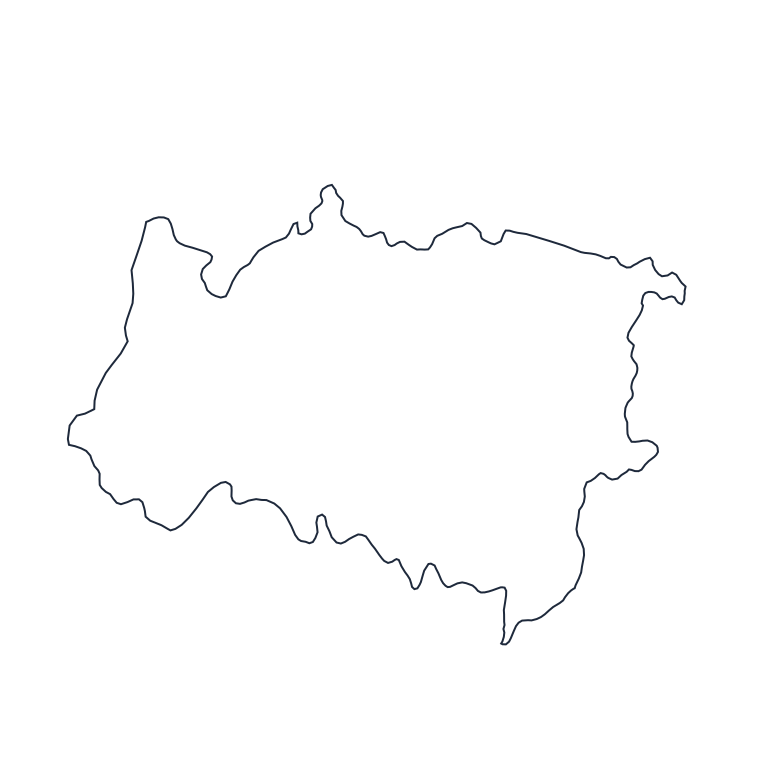 outline of Kobryn, Brest, Belarus, rotated 111°
{"feature_id": "67162791B1192676397695", "entity_name": "Kobryn", "entity_type": "district", "adm_level": 2, "iso_a3": "BLR", "parent_name": "Belarus", "parent_adm1": "Brest", "projection": "mercator", "projection_center": [24.483, 52.154], "detail": "fine", "context": "isolated", "style": "outline", "palette": "slate", "viewbox_px": 768, "rotation_deg": 111, "n_neighbors": 0, "source": "geoboundaries", "source_scale": "gbopen_adm2", "svg_char_len": 5866}
<svg xmlns="http://www.w3.org/2000/svg" viewBox="0 0 768 768"><g transform="rotate(111 384 384)"><path d="M506.4,132.8L503.3,133.0L495.8,132.4L489.3,132.4L483.6,133.7L477.5,134.8L472.1,135.9L466.3,138.5L461.5,142.6L458.0,146.5L456.0,148.9L450.6,152.3L443.4,153.9L438.9,154.7L431.7,156.6L427.2,155.4L422.5,155.1L417.1,156.2L412.3,158.6L410.2,159.5L403.2,159.5L400.4,156.3L396.2,153.4L391.2,151.0L389.5,149.8L389.2,146.8L389.8,144.6L390.7,142.9L391.3,141.0L391.5,136.8L388.6,132.0L383.9,129.7L379.0,126.0L376.0,124.7L375.5,122.2L375.4,118.6L374.2,115.2L371.7,112.9L369.2,112.2L365.8,111.3L361.2,109.3L358.3,107.5L355.0,105.5L352.5,104.4L349.2,103.9L345.4,105.8L343.9,107.3L342.2,112.6L342.3,117.7L344.3,122.2L346.1,125.1L348.0,128.8L349.2,132.2L345.8,136.7L343.4,138.7L338.9,140.7L336.3,141.7L332.6,143.2L329.7,145.9L328.0,147.4L325.6,148.5L319.9,150.0L318.2,150.0L314.0,149.8L312.0,149.1L308.3,147.6L306.0,147.6L303.7,148.3L301.7,149.6L299.8,151.3L297.7,152.2L294.6,152.8L292.4,153.0L289.9,152.9L286.1,152.2L283.2,152.0L280.7,152.4L278.2,153.2L276.5,154.3L275.0,155.4L273.1,158.7L271.7,160.7L269.6,163.0L266.0,163.9L259.6,164.4L258.3,164.7L257.3,166.9L255.8,170.8L253.5,173.3L248.6,174.1L242.1,173.1L234.4,171.4L228.0,170.1L222.8,169.7L218.0,170.3L216.3,172.4L212.8,173.1L208.6,173.6L205.4,172.6L203.2,170.0L202.3,167.6L201.6,164.5L201.8,161.8L203.1,159.4L204.4,157.2L205.0,154.4L203.8,152.4L200.7,149.3L199.1,146.7L199.1,143.6L201.1,141.1L202.6,138.5L202.8,134.6L199.5,134.0L198.1,133.8L194.6,135.0L191.6,135.7L189.3,136.7L186.7,137.1L184.9,137.4L183.0,142.2L181.6,144.4L178.9,148.1L177.3,150.3L176.7,155.0L181.0,158.1L183.8,163.1L183.0,167.0L180.4,171.7L176.5,175.8L173.2,177.2L170.9,180.7L170.8,180.9L174.0,185.3L178.3,189.2L180.6,190.8L183.6,193.5L186.7,195.7L188.3,199.2L187.7,205.9L185.9,209.0L183.8,211.4L183.0,214.5L184.0,217.7L186.1,219.1L187.1,222.0L186.9,228.1L187.1,232.8L188.1,237.9L189.7,243.8L190.3,247.4L190.3,252.9L190.3,265.4L191.2,280.8L193.0,304.9L195.0,313.6L195.6,317.9L195.8,321.6L197.1,325.4L201.1,326.1L204.8,326.1L208.9,326.1L211.7,328.7L214.0,330.9L214.4,334.4L214.2,337.5L213.8,341.9L213.1,344.8L211.1,346.6L208.1,348.2L205.2,354.0L203.2,359.7L204.0,364.3L208.5,367.6L211.9,372.7L214.0,375.7L217.0,379.0L222.9,383.5L226.6,387.4L229.8,389.0L236.2,389.2L240.0,390.0L242.5,391.0L243.9,394.1L245.3,398.3L246.7,401.4L246.0,407.1L245.2,410.6L243.8,415.9L245.6,420.0L248.2,422.4L250.5,423.9L252.6,426.4L252.5,429.3L250.9,431.8L248.1,433.9L245.7,436.1L243.2,438.6L243.6,442.0L246.9,445.3L250.2,448.7L252.1,451.6L252.6,455.5L251.8,457.6L249.6,460.3L248.1,462.8L247.2,465.9L247.0,469.2L246.5,473.7L245.7,478.5L241.6,484.2L237.7,485.9L233.3,486.4L230.3,487.0L227.9,487.9L225.8,491.8L224.8,494.3L222.8,497.1L220.2,498.7L218.8,501.0L216.8,504.0L219.3,507.5L224.1,511.0L227.8,511.4L230.3,510.8L231.9,509.9L234.5,507.5L235.5,507.1L237.8,507.1L240.8,508.5L244.5,511.0L251.4,513.6L255.1,512.6L258.1,511.2L260.4,508.3L262.8,507.5L265.7,507.5L269.1,509.9L272.0,511.8L273.8,514.6L274.0,517.9L271.2,519.1L267.9,521.3L264.5,522.8L267.1,525.8L273.8,526.4L277.7,526.6L282.4,528.1L285.2,530.9L291.7,538.2L298.3,543.9L304.6,548.8L312.5,551.3L316.8,552.1L319.4,552.5L321.7,553.9L325.1,556.8L328.8,559.2L335.3,560.9L342.7,562.1L351.0,562.3L355.1,562.7L358.8,563.1L361.8,567.4L362.2,572.7L361.8,577.1L359.8,582.6L356.9,585.1L353.9,587.5L351.2,591.6L347.3,594.0L341.6,594.4L337.0,592.4L332.5,589.8L329.6,589.6L326.6,590.2L325.1,592.8L324.5,596.5L325.4,611.6L326.2,619.5L325.8,625.2L324.9,628.3L323.7,630.1L320.3,633.6L315.2,637.0L310.7,640.5L307.4,644.5L307.4,649.2L309.1,654.1L312.1,658.4L316.0,661.9L317.9,664.1L323.3,663.2L337.2,661.6L352.7,661.0L368.2,660.5L380.0,654.6L389.6,650.4L398.6,647.7L415.7,647.1L424.3,646.1L431.2,642.3L436.0,638.6L449.9,640.7L463.8,645.0L473.4,647.7L492.1,649.8L503.3,648.2L511.3,645.5L518.8,652.5L523.6,659.4L535.4,662.6L548.7,659.4L553.7,656.3L552.8,650.2L552.6,643.7L553.2,638.0L556.1,632.5L559.1,630.1L564.4,625.0L567.1,619.9L569.7,617.3L575.0,615.4L580.1,613.2L582.3,610.3L584.4,605.0L585.0,600.2L588.3,595.3L590.7,591.0L590.5,586.5L586.2,581.2L581.5,576.5L579.5,571.4L580.9,567.2L585.6,563.5L588.3,561.7L593.3,559.0L595.4,553.3L595.6,541.1L596.8,533.8L597.2,530.9L594.0,526.8L588.0,522.4L578.9,518.3L567.3,514.6L557.5,512.0L547.9,509.7L541.2,505.9L534.7,500.8L532.2,496.7L532.9,491.8L534.5,489.6L538.0,488.1L543.7,486.1L546.8,483.5L548.4,479.5L547.5,475.5L544.6,471.8L541.5,468.8L539.7,466.0L537.3,462.1L536.1,456.7L534.5,452.2L534.9,443.6L537.3,436.5L543.1,427.3L549.9,419.6L556.7,412.9L559.7,408.3L560.3,405.2L559.4,400.6L559.4,396.6L557.0,393.8L552.4,392.9L546.2,392.9L541.3,395.4L537.6,397.5L531.5,398.4L528.1,395.0L529.3,391.4L533.0,388.9L536.7,386.8L541.0,382.2L545.8,377.9L549.0,371.5L548.4,367.1L545.3,363.8L541.2,361.0L537.6,357.9L533.7,354.2L532.8,350.7L532.8,346.3L535.2,342.6L538.4,337.9L541.0,333.4L545.3,327.1L547.7,323.2L549.1,320.4L549.6,316.1L546.9,312.6L544.5,311.0L543.0,309.6L543.0,307.1L545.5,304.7L547.9,302.4L552.0,297.1L554.4,293.3L556.9,290.0L560.4,287.2L563.4,285.1L564.6,282.1L562.8,279.6L558.7,278.8L555.7,278.6L549.1,279.2L543.9,279.6L536.1,278.0L534.9,275.8L535.3,271.7L538.0,269.0L541.2,265.4L546.5,260.3L548.8,257.4L550.3,254.3L550.8,251.8L549.7,249.6L546.3,246.4L543.8,244.0L541.2,239.9L540.5,235.8L540.4,229.1L541.7,225.4L543.5,222.2L543.9,218.8L542.5,215.4L540.1,211.8L537.8,208.9L534.6,205.2L532.1,202.3L531.4,200.7L530.9,198.4L533.3,195.8L537.8,194.2L544.4,192.7L552.1,191.1L556.1,189.3L563.0,186.6L565.8,185.1L569.9,184.7L572.9,182.6L577.2,181.5L582.0,181.2L584.3,181.6L584.5,180.1L583.4,176.9L579.7,174.9L575.8,174.5L568.1,174.3L562.7,174.0L558.6,172.8L555.4,170.3L552.9,164.9L551.8,161.5L548.7,157.2L545.4,154.0L541.3,151.3L536.5,148.9L531.6,146.2L525.3,141.3L521.8,139.2L518.2,138.6L513.2,137.1L509.6,135.3L507.0,133.5L506.4,132.8Z" fill="none" stroke="#1e293b" stroke-width="2"/></g></svg>